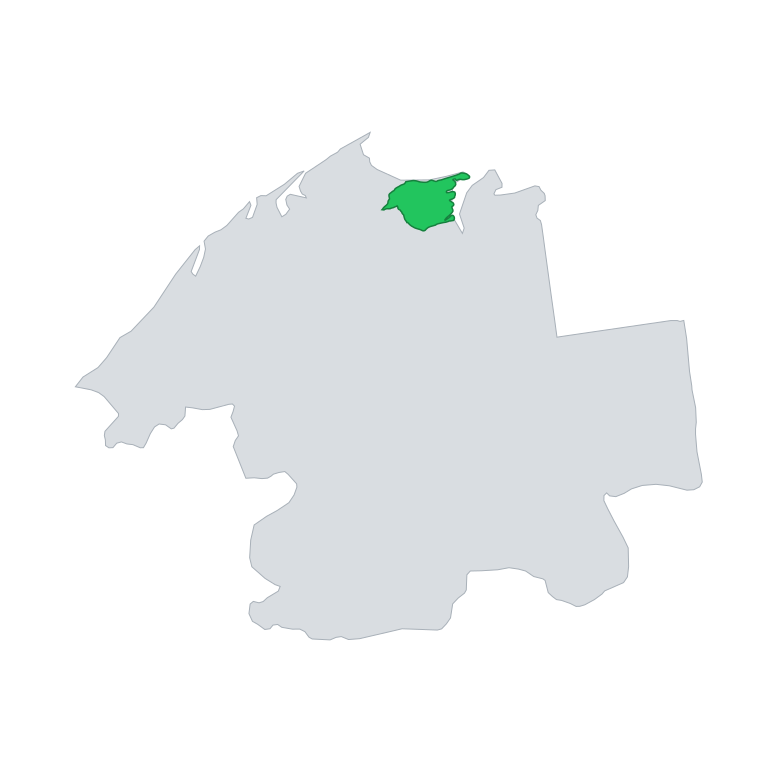 location of Komo-Ocèan, Estuaire, Gabon, rotated 82°
{"feature_id": "22940354B91533016002313", "entity_name": "Komo-Ocèan", "entity_type": "district", "adm_level": 2, "iso_a3": "GAB", "parent_name": "Gabon", "parent_adm1": "Estuaire", "projection": "robinson", "projection_center": [9.579, -0.117], "detail": "fine", "context": "in_parent", "style": "filled", "palette": "green", "viewbox_px": 768, "rotation_deg": 82, "n_neighbors": 0, "source": "geoboundaries", "source_scale": "gbopen_adm2", "svg_char_len": 6213}
<svg xmlns="http://www.w3.org/2000/svg" viewBox="0 0 768 768"><g transform="rotate(82 384 384)"><path d="M531.8,91.9L531.3,98.8L524.5,115.6L521.2,128.6L520.4,142.4L522.3,153.5L525.7,161.4L527.8,170.1L526.2,176.1L522.8,178.7L525.1,181.7L530.1,182.5L538.7,179.8L551.8,175.2L569.0,168.6L580.3,165.0L599.0,167.2L608.9,169.8L614.0,174.4L619.6,194.3L622.3,197.3L626.8,205.7L630.6,215.9L631.4,221.0L631.0,224.7L627.2,230.2L623.0,238.3L621.5,243.2L617.9,246.8L613.4,250.4L600.9,251.8L599.0,253.9L595.5,262.5L588.9,269.8L586.0,276.6L583.3,285.8L583.8,297.2L582.5,313.5L581.2,324.6L584.5,328.5L599.4,331.2L602.3,333.4L606.2,340.2L611.3,346.6L624.9,350.7L630.2,355.6L634.5,361.0L635.1,365.4L631.9,383.2L628.9,400.2L630.1,413.2L631.2,425.6L632.8,443.6L632.1,454.7L628.2,461.4L628.2,466.6L629.9,473.0L626.5,490.6L624.3,493.5L618.2,496.8L615.0,501.5L614.0,508.9L610.7,519.1L607.3,522.8L607.3,527.5L610.5,531.0L610.5,536.2L604.4,542.5L600.7,547.3L592.6,549.7L583.3,547.2L581.1,543.7L583.3,538.2L582.6,533.9L579.4,529.3L574.4,517.5L570.0,515.0L567.5,519.8L560.0,528.8L546.6,540.3L537.3,541.2L520.0,537.7L505.5,532.2L498.7,518.7L494.5,507.6L488.3,494.7L481.4,488.5L474.0,484.6L470.7,484.4L460.1,491.5L456.9,494.4L457.0,500.4L457.9,506.1L459.6,508.8L461.0,512.4L460.7,518.0L458.8,525.6L458.1,533.9L425.0,542.0L419.2,539.1L415.1,535.3L410.0,536.0L395.6,540.2L390.3,537.3L385.1,535.1L382.7,536.9L382.5,540.5L384.9,560.0L384.1,567.4L380.9,577.1L379.2,583.7L388.0,585.6L391.2,588.6L394.3,593.5L398.5,598.1L398.8,600.9L394.0,606.0L392.3,612.3L394.6,617.2L400.6,622.3L409.3,627.7L413.6,631.1L413.2,634.3L409.1,641.1L407.6,646.9L404.8,652.1L405.4,656.9L409.3,661.3L408.9,665.3L406.2,668.3L400.7,667.7L396.1,668.1L392.0,666.9L379.1,651.5L376.3,651.0L357.5,662.9L352.8,667.8L349.0,674.8L343.8,690.0L335.2,681.1L327.9,664.9L319.3,655.0L301.3,639.0L296.5,627.1L275.8,601.1L246.2,575.0L224.7,552.4L221.5,547.4L225.1,548.0L245.8,559.3L248.6,558.0L251.0,555.5L242.1,549.6L233.5,544.9L225.5,542.0L217.5,542.3L213.0,537.5L210.1,530.2L208.6,524.0L205.1,517.5L193.7,504.1L191.0,498.9L184.7,491.8L188.5,490.9L200.7,497.7L201.8,495.0L200.7,491.0L188.5,484.6L181.8,484.2L180.3,479.7L181.2,474.5L172.4,454.9L163.3,440.3L161.9,433.4L186.5,465.2L189.7,465.7L194.1,465.4L204.2,461.9L202.3,457.6L197.7,453.1L193.3,455.2L187.5,455.6L184.5,453.7L183.1,450.4L188.9,435.0L186.4,435.7L184.5,438.5L181.4,439.8L176.5,440.6L164.4,432.3L153.7,410.0L150.9,405.4L148.0,397.7L145.2,394.5L132.9,362.7L137.6,365.1L143.2,374.3L154.1,372.4L158.3,367.0L162.0,367.2L165.8,366.0L170.6,361.0L184.5,339.1L188.2,310.3L187.0,293.2L185.0,276.2L189.6,270.8L191.4,274.4L192.3,280.4L194.5,284.9L199.4,288.9L208.7,289.9L222.9,296.2L228.0,300.2L229.4,292.2L245.8,285.4L240.8,282.9L226.2,285.6L206.2,275.5L199.6,269.0L193.4,256.7L187.0,250.3L187.4,244.5L201.8,239.2L205.6,239.8L207.1,246.1L211.0,248.7L212.5,247.9L213.1,242.4L213.1,227.9L208.8,207.0L210.1,203.0L214.0,201.6L217.5,198.8L220.0,198.3L224.8,198.8L227.3,203.7L228.6,206.3L233.5,207.5L237.5,210.1L241.0,209.4L243.9,206.4L248.1,205.8L261.2,205.8L273.1,205.9L296.7,206.0L320.3,206.1L343.9,206.1L361.7,206.2L361.6,194.3L361.5,175.9L361.4,154.2L361.3,133.3L361.2,114.1L361.1,91.3L362.0,84.8L363.2,82.1L362.8,78.3L381.1,78.0L414.1,79.7L428.6,79.5L432.7,79.8L450.8,78.7L465.4,80.1L471.6,81.7L477.2,82.5L494.7,83.5L517.6,82.3L525.4,82.5L529.7,85.7L531.8,91.9Z" fill="#d9dde1" stroke="#a8b0b8" stroke-width="1"/><path d="M231.7,292.2L231.3,292.1L230.5,291.4L230.1,291.3L229.1,291.2L227.9,291.4L227.2,291.8L226.6,292.3L226.4,292.9L226.5,293.7L227.1,294.7L227.7,295.5L228.6,296.9L229.2,298.2L230.0,299.7L230.3,300.7L229.8,300.8L228.5,299.5L227.3,297.9L226.4,296.3L225.1,294.5L224.3,293.4L223.1,292.2L222.4,291.7L221.4,291.6L220.6,291.7L219.8,292.0L218.8,292.1L217.8,292.0L217.4,291.3L217.1,290.6L216.5,290.1L216.0,289.9L215.1,290.0L214.5,290.2L213.8,290.8L213.2,291.6L212.4,292.5L211.7,293.3L211.1,293.5L210.7,292.9L210.4,291.3L210.1,290.0L209.7,289.1L209.1,288.2L208.1,287.9L206.8,287.2L205.4,286.9L204.8,287.0L203.9,287.2L203.4,288.0L203.1,289.0L203.0,290.4L203.2,291.5L203.4,292.8L203.4,294.3L203.3,295.2L202.8,295.5L202.1,295.4L201.6,295.0L201.2,294.1L201.1,292.9L201.0,291.8L200.6,290.2L199.8,288.6L198.3,287.1L197.9,286.3L197.0,285.5L196.0,285.1L193.4,285.5L192.7,286.0L192.2,286.7L191.5,287.3L191.1,287.2L190.8,286.3L190.9,284.9L192.2,284.2L192.4,283.5L192.2,282.7L191.9,281.8L191.8,280.3L192.2,279.1L192.6,277.7L192.8,276.1L192.7,274.8L192.5,272.9L192.1,271.3L191.5,270.6L190.3,270.4L189.0,271.5L188.4,272.0L187.7,272.7L186.9,274.0L186.4,275.5L185.8,277.5L185.9,278.7L186.6,280.3L187.4,284.0L188.1,288.3L188.6,291.5L189.1,294.8L189.5,296.9L189.9,299.1L189.9,300.3L190.1,302.3L190.5,303.2L190.7,304.3L190.4,305.1L189.8,306.4L189.1,307.7L188.8,308.8L189.0,310.2L189.5,311.3L190.0,312.8L190.1,314.0L190.0,315.3L189.7,317.0L189.4,318.3L189.1,319.6L188.7,320.8L188.1,322.0L187.5,323.4L187.0,324.9L186.6,326.8L186.6,329.7L186.7,334.2L187.2,334.6L188.4,335.6L188.9,336.8L189.2,338.4L189.6,339.9L190.3,341.3L190.8,342.7L191.3,344.0L191.9,345.3L192.6,346.2L193.4,346.7L194.1,347.6L194.3,348.5L194.7,349.2L195.4,350.3L195.9,351.2L196.4,352.0L197.3,352.7L198.5,352.9L200.0,352.8L201.2,352.8L201.9,353.0L202.4,353.7L203.2,354.3L204.2,354.7L205.1,354.9L205.8,355.2L206.4,355.7L207.2,356.7L207.8,357.7L208.5,358.8L209.4,360.0L210.2,360.7L211.1,361.7L211.6,359.8L211.1,358.7L210.9,357.7L210.8,356.7L211.1,355.1L211.2,354.5L211.2,353.2L210.9,352.6L210.7,350.9L210.6,349.9L210.1,348.7L210.0,347.7L209.8,346.9L209.4,346.3L210.0,345.9L210.9,345.7L212.1,345.7L212.9,345.3L213.4,344.7L213.9,343.9L214.6,343.5L215.5,343.1L216.2,342.5L217.1,342.4L218.0,342.0L218.7,341.5L219.4,341.0L220.7,340.9L222.4,340.7L223.6,340.5L224.8,340.0L225.7,339.5L226.7,338.9L227.3,338.9L227.4,338.4L227.8,337.7L228.9,337.0L230.3,335.9L231.4,334.8L232.6,333.2L233.4,332.2L234.0,331.2L234.7,329.8L235.3,328.5L235.8,327.3L236.4,326.2L237.0,325.3L237.5,324.6L237.8,323.7L237.8,322.6L237.5,321.8L236.7,320.9L236.0,319.9L235.4,319.0L234.9,317.7L234.5,316.1L234.3,314.5L234.1,313.0L233.8,310.9L233.2,309.7L232.9,308.6L232.6,305.3L232.4,302.3L232.4,300.4L232.2,299.1L232.0,297.7L231.7,296.8L231.8,295.5L231.7,292.2Z" fill="#22c55e" stroke="#15803d" stroke-width="1.5"/></g></svg>